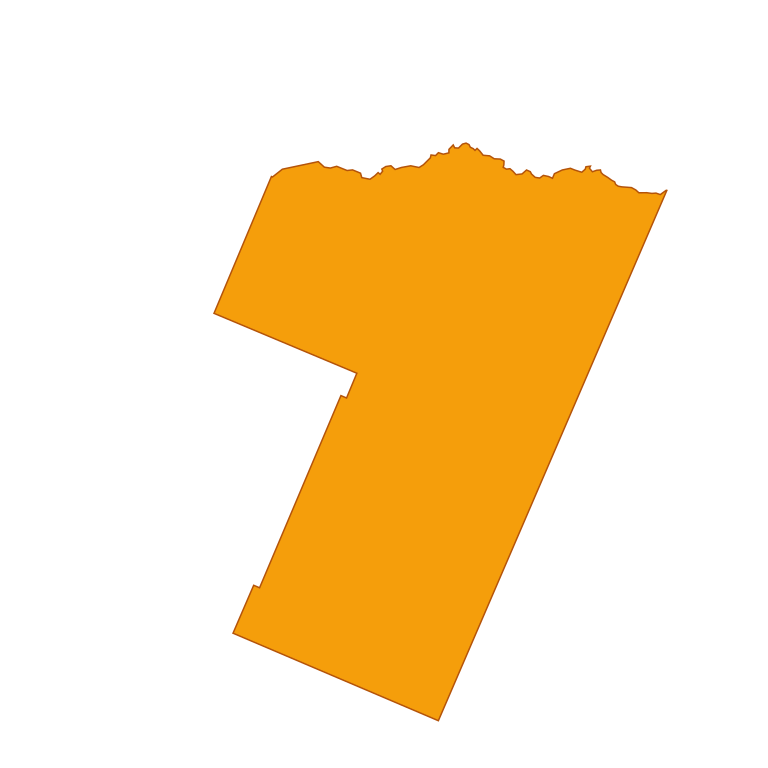 the district of Ziebach, South Dakota, United States of America, rotated 203°
{"feature_id": "52423323B99291223810848", "entity_name": "Ziebach", "entity_type": "district", "adm_level": 2, "iso_a3": "USA", "parent_name": "United States of America", "parent_adm1": "South Dakota", "projection": "orthographic", "projection_center": [-101.612, 44.992], "detail": "fine", "context": "isolated", "style": "filled", "palette": "amber", "viewbox_px": 768, "rotation_deg": 203, "n_neighbors": 0, "source": "geoboundaries", "source_scale": "gbopen_adm2", "svg_char_len": 1393}
<svg xmlns="http://www.w3.org/2000/svg" viewBox="0 0 768 768"><g transform="rotate(203 384 384)"><path d="M201.0,356.2L199.3,672.7L199.9,672.6L203.7,666.3L208.2,666.0L211.9,664.1L217.0,662.7L224.1,659.6L228.0,661.0L232.9,661.5L237.1,660.1L242.1,658.4L245.7,657.6L248.7,658.2L250.7,660.2L254.0,660.5L258.8,661.6L264.2,662.4L266.8,663.5L268.4,665.6L271.8,663.8L275.1,660.8L279.2,662.9L279.1,665.2L283.0,662.9L282.7,660.3L284.7,656.2L291.9,655.5L296.7,655.4L303.5,650.7L309.3,644.2L309.3,639.2L313.6,639.3L318.8,638.3L321.2,634.4L325.6,633.3L330.2,634.9L332.3,636.6L336.4,636.7L339.0,631.3L344.3,628.3L348.4,630.2L352.2,631.4L355.2,629.6L358.9,630.0L359.3,632.6L360.6,636.1L364.8,636.5L370.5,634.4L375.9,635.3L382.1,633.3L387.1,636.0L390.4,637.2L391.5,634.6L393.8,635.5L397.1,635.7L399.3,637.6L402.6,637.8L405.5,635.5L407.6,630.3L411.2,629.0L413.7,631.1L415.9,625.4L414.6,622.1L419.2,618.7L424.3,618.2L425.8,614.4L430.2,613.2L429.7,610.3L433.4,601.2L436.3,597.0L444.7,595.3L452.6,590.1L457.6,585.8L462.9,587.6L467.3,584.9L470.0,581.0L468.4,579.4L469.5,575.5L472.0,576.3L473.9,571.9L476.9,567.0L485.1,565.3L488.0,568.9L496.6,568.8L501.4,566.1L512.6,565.9L517.8,561.8L523.6,560.3L531.4,563.0L561.5,542.0L567.5,531.0L568.7,531.0L568.1,382.6L413.2,383.3L413.0,356.5L419.1,356.5L418.9,147.8L425.3,147.8L425.6,95.6L202.4,95.3L201.0,356.2Z" fill="#f59e0b" stroke="#b45309" stroke-width="1.5"/></g></svg>